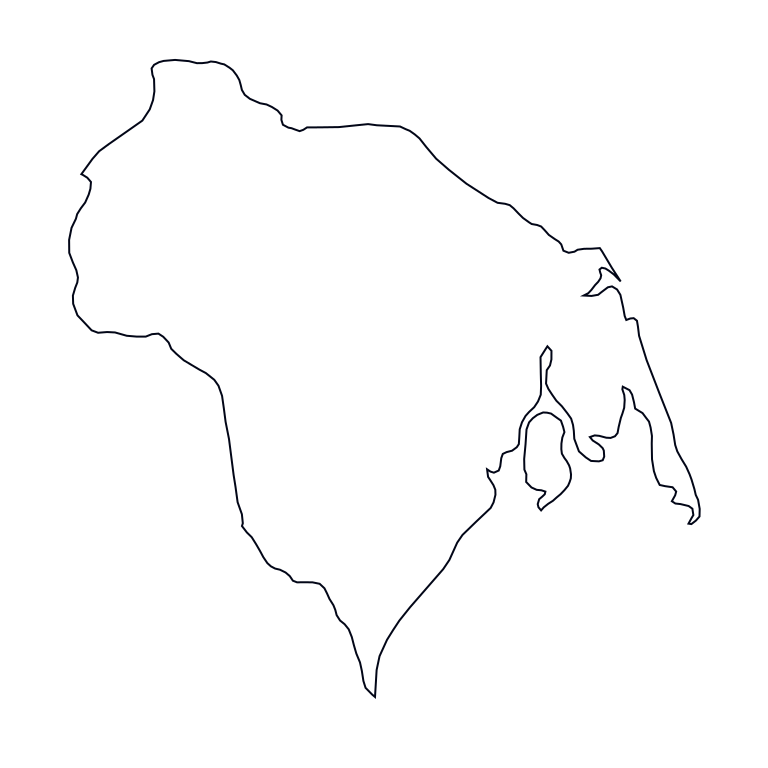 the district of Bendjè, Ogooué-Maritime, Gabon, rotated 183°
{"feature_id": "22940354B80874584292882", "entity_name": "Bendjè", "entity_type": "district", "adm_level": 2, "iso_a3": "GAB", "parent_name": "Gabon", "parent_adm1": "Ogooué-Maritime", "projection": "natural_earth1", "projection_center": [9.224, -0.836], "detail": "fine", "context": "isolated", "style": "outline", "palette": "ink", "viewbox_px": 768, "rotation_deg": 183, "n_neighbors": 0, "source": "geoboundaries", "source_scale": "gbopen_adm2", "svg_char_len": 4622}
<svg xmlns="http://www.w3.org/2000/svg" viewBox="0 0 768 768"><g transform="rotate(183 384 384)"><path d="M518.4,234.7L513.2,228.6L508.1,224.1L503.4,217.4L499.1,210.8L495.4,204.7L491.1,199.0L487.4,196.0L483.1,194.0L478.2,193.1L472.4,190.6L468.0,187.2L464.7,182.8L460.5,181.4L453.8,181.8L445.1,182.2L437.8,181.1L432.8,176.9L429.9,171.8L427.2,166.5L422.9,160.4L420.8,155.8L419.2,150.7L415.5,145.5L410.8,142.1L406.4,137.2L402.9,129.6L400.4,121.6L397.5,113.3L393.4,104.7L391.1,96.3L389.0,86.3L386.5,79.6L379.5,73.2L376.6,71.0L376.4,98.0L374.2,112.0L370.6,121.1L367.6,128.7L362.0,138.8L356.3,148.5L346.4,162.3L331.7,181.1L315.2,202.2L309.5,211.7L302.6,229.4L297.7,237.4L284.7,251.4L271.0,265.8L268.4,271.5L266.9,279.2L267.3,284.2L269.4,288.7L273.1,293.9L275.2,296.7L276.6,304.2L273.1,302.1L269.6,301.2L264.9,303.6L263.6,307.9L263.0,316.1L261.7,320.4L258.0,322.4L252.6,324.1L248.1,327.8L246.2,331.0L246.1,338.3L246.1,345.9L244.2,353.0L241.0,359.5L237.7,363.6L232.8,368.7L229.3,374.6L226.9,381.5L227.0,390.3L228.0,403.0L229.1,419.0L224.4,427.4L222.8,430.2L218.5,425.9L218.1,417.3L219.2,411.2L222.2,406.3L222.2,392.9L219.6,387.7L215.5,382.1L211.0,376.3L205.2,371.1L199.4,364.4L195.3,359.2L193.1,353.0L192.0,347.2L191.1,339.2L188.3,332.7L185.8,326.9L178.7,321.3L173.2,318.0L165.3,318.0L161.6,319.3L160.3,323.0L161.0,329.0L162.3,331.4L166.3,334.9L172.6,338.5L175.6,341.8L170.9,343.7L166.4,343.5L159.2,342.0L154.9,342.0L150.6,343.9L148.2,347.2L147.4,353.4L145.7,362.5L144.4,366.8L142.9,372.8L142.8,380.6L143.5,385.6L145.7,391.2L145.4,393.8L138.5,390.7L135.7,386.4L133.4,378.9L131.9,372.6L127.5,370.2L124.3,368.5L120.4,363.8L117.4,360.3L115.5,354.5L113.7,346.1L113.5,338.5L112.9,329.7L112.4,322.8L109.9,311.1L107.3,304.5L103.4,297.6L98.0,296.7L90.4,296.0L86.6,291.9L87.4,288.1L90.4,282.0L86.8,279.9L81.6,279.6L73.4,278.1L69.5,275.6L68.2,269.3L69.8,266.3L72.6,260.5L69.7,260.2L65.4,263.9L62.0,268.2L62.2,275.8L64.3,284.8L66.9,289.6L68.5,295.2L71.9,304.7L74.1,309.8L77.9,317.2L82.9,324.5L87.6,332.1L90.0,338.3L92.2,348.7L95.2,360.1L108.6,389.4L123.0,421.6L131.8,445.5L133.4,454.6L134.7,460.4L138.1,462.8L141.5,462.3L145.4,460.6L147.2,464.5L149.1,472.7L150.4,477.4L152.6,485.4L156.2,490.6L161.4,493.4L165.5,492.3L171.9,486.9L174.8,484.3L181.4,482.8L189.2,482.8L184.7,485.4L181.9,488.7L178.4,493.8L175.4,497.3L173.3,500.9L172.8,504.0L173.9,506.6L174.8,509.6L172.6,511.5L168.9,510.9L165.3,508.9L160.3,505.5L153.0,498.8L162.5,511.9L173.2,527.9L175.6,531.0L183.5,530.0L191.2,529.5L197.7,528.2L200.7,526.1L206.4,524.7L211.8,526.5L214.3,532.7L217.0,535.4L221.1,537.7L227.2,541.5L231.6,546.0L235.3,549.5L239.4,550.8L244.9,551.5L247.7,553.1L253.9,557.1L258.5,561.2L263.9,566.3L267.8,569.2L272.5,570.3L280.1,570.9L289.3,575.2L312.1,588.3L330.4,601.3L343.7,611.7L354.3,623.0L361.4,631.1L366.4,634.9L371.6,638.2L375.6,639.6L381.5,642.0L404.7,642.0L413.5,642.7L425.8,640.8L442.4,638.2L462.2,636.9L474.3,636.2L477.9,633.6L481.5,632.1L486.6,633.6L489.7,634.6L492.9,635.0L498.5,637.6L500.3,642.4L500.3,646.9L504.6,651.5L510.5,654.8L515.9,657.0L522.6,657.9L532.9,661.8L538.2,665.5L541.3,670.2L542.7,675.0L544.4,680.0L547.2,684.4L551.4,689.4L554.7,691.7L560.2,694.8L563.7,695.4L568.7,696.7L573.8,697.0L577.1,695.8L582.5,694.9L587.6,694.6L595.7,696.2L609.6,696.7L621.0,695.1L625.5,693.6L630.3,690.7L632.6,687.0L631.4,680.6L629.6,676.5L628.6,664.2L629.5,655.4L632.3,646.0L639.1,634.4L653.0,623.5L671.2,609.3L680.6,601.6L686.8,593.7L697.2,577.7L695.6,577.0L691.1,574.5L687.2,570.4L687.4,563.6L688.8,557.7L691.9,549.6L696.0,543.5L699.3,537.6L700.3,532.9L704.2,523.6L706.0,511.4L705.2,498.5L701.1,489.2L697.2,481.5L695.2,474.3L695.6,469.3L697.4,463.9L699.3,456.0L698.6,447.8L693.7,436.5L688.4,431.5L678.8,422.3L672.2,420.2L663.2,421.4L655.3,421.4L643.4,418.7L633.8,418.4L624.3,418.9L618.4,421.6L611.9,422.5L606.9,419.6L601.2,414.1L598.3,408.0L593.0,403.3L585.2,397.2L577.1,392.9L568.9,388.6L562.5,385.6L553.7,379.3L549.2,373.6L545.1,363.7L542.7,351.5L540.2,337.9L535.9,320.9L532.2,300.6L529.4,285.2L526.9,273.5L524.0,258.3L519.1,246.5L517.7,237.5L518.4,234.7ZM223.6,363.9L229.3,361.2L233.6,357.6L237.1,353.3L239.3,346.1L239.5,331.4L240.1,316.4L239.3,305.8L237.1,301.3L236.9,293.6L231.3,288.4L226.0,286.3L221.3,286.1L217.2,285.0L217.7,282.3L220.1,279.8L223.0,277.1L224.2,272.1L223.3,269.0L220.5,266.0L218.0,269.2L213.7,273.0L209.2,276.2L205.6,279.8L201.9,283.2L198.2,287.5L194.9,292.0L193.5,295.8L192.5,299.5L192.5,303.5L193.7,309.4L194.9,312.4L197.6,316.7L200.0,319.6L202.7,323.7L203.5,328.2L203.7,333.8L203.1,339.9L201.3,345.4L202.9,350.6L205.4,356.7L209.4,359.2L215.6,363.2L219.7,363.9L223.6,363.9Z" fill="none" stroke="#020617" stroke-width="2"/></g></svg>